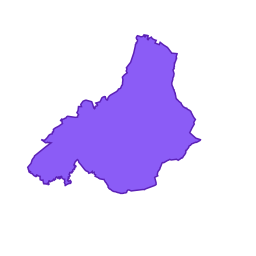 Holod, Bihor, Romania, rotated 120°
{"feature_id": "2599482B12126878753034", "entity_name": "Holod", "entity_type": "district", "adm_level": 2, "iso_a3": "ROU", "parent_name": "Romania", "parent_adm1": "Bihor", "projection": "robinson", "projection_center": [22.119, 46.796], "detail": "fine", "context": "isolated", "style": "filled", "palette": "violet", "viewbox_px": 256, "rotation_deg": 120, "n_neighbors": 0, "source": "geoboundaries", "source_scale": "gbopen_adm2", "svg_char_len": 5892}
<svg xmlns="http://www.w3.org/2000/svg" viewBox="0 0 256 256"><g transform="rotate(120 128 128)"><path d="M50.1,163.5L50.3,163.0L51.5,163.3L52.3,163.2L53.2,162.7L60.2,160.5L69.1,158.7L69.9,158.6L76.7,159.5L77.3,158.5L78.6,158.1L79.5,158.1L80.6,156.3L83.9,157.7L86.8,158.3L88.8,156.5L91.7,155.3L92.8,154.6L93.9,154.5L94.2,154.7L97.4,154.3L99.0,155.7L100.6,155.7L102.1,156.1L108.2,159.6L109.2,160.0L110.7,160.3L112.2,160.3L114.0,159.8L114.3,160.5L113.8,161.8L113.3,162.2L112.8,162.8L112.8,163.2L112.3,163.4L112.6,164.2L113.9,165.2L115.1,165.7L117.8,165.4L119.7,165.5L120.3,166.4L121.2,167.0L122.2,168.2L122.5,168.4L123.0,167.1L122.9,166.4L123.2,166.0L123.4,165.8L124.2,165.9L124.6,166.1L125.0,166.7L125.5,167.1L126.2,167.1L127.0,166.5L128.0,166.6L127.9,167.3L127.6,167.8L124.8,170.8L123.4,172.6L124.8,178.1L125.2,178.7L126.0,179.4L127.3,180.3L131.2,180.7L132.7,179.0L134.2,181.6L137.8,180.0L140.3,179.9L140.3,179.5L140.8,178.7L141.1,177.6L141.3,177.4L142.8,177.6L143.3,177.5L143.8,177.2L144.7,178.3L145.2,179.1L148.0,186.1L148.7,186.6L150.5,186.8L151.0,187.4L151.9,187.8L153.0,188.8L153.5,189.2L153.4,189.8L154.2,189.9L154.5,189.7L154.9,190.2L155.3,190.1L155.3,189.8L154.7,189.0L154.8,188.8L154.9,188.6L155.7,188.3L156.1,187.8L156.8,187.4L157.0,187.0L161.2,189.0L164.3,191.0L166.4,191.9L166.6,191.9L167.1,191.4L168.6,190.7L169.1,191.3L169.5,191.4L170.3,190.9L171.1,190.8L171.2,191.1L172.4,192.2L173.9,192.9L176.6,193.1L179.6,193.8L180.4,194.4L180.8,194.8L181.2,196.7L181.5,196.7L181.5,195.8L182.0,192.0L181.8,191.6L180.9,190.7L180.6,190.5L180.8,190.2L180.6,189.7L179.9,189.0L179.3,187.2L185.4,189.8L198.9,195.0L200.4,194.7L201.8,195.0L203.6,195.1L207.1,194.3L212.2,195.2L213.0,194.2L213.9,193.4L214.5,192.2L214.6,191.4L215.1,192.1L215.6,191.5L215.6,189.8L215.7,189.2L215.4,188.2L216.2,185.9L216.2,183.7L215.6,182.9L214.9,183.0L214.8,183.6L214.3,183.5L214.2,180.8L213.8,180.0L214.3,179.5L214.8,179.5L216.7,178.2L216.5,176.8L216.1,175.9L215.7,175.7L218.1,173.5L218.0,173.2L218.4,172.7L217.6,172.0L217.6,171.1L217.1,170.2L216.7,169.9L216.3,170.3L216.1,170.2L216.0,169.9L216.5,169.2L216.9,168.8L216.8,168.6L216.3,168.3L214.7,169.6L214.0,169.9L213.3,170.0L213.0,169.6L213.4,168.8L213.2,168.2L212.3,167.8L211.5,166.9L209.6,166.8L209.5,166.1L209.9,165.7L209.7,165.6L208.9,165.8L208.6,165.2L208.4,165.1L207.3,165.7L206.2,165.5L206.2,164.7L206.6,163.6L206.4,163.5L205.6,163.8L205.2,163.8L204.8,163.1L206.3,162.0L206.1,161.7L205.4,161.5L204.1,162.0L203.7,162.0L203.2,161.6L203.3,161.1L204.1,160.6L204.5,159.8L204.5,157.8L204.1,157.2L205.2,156.7L206.0,155.9L206.9,156.0L208.3,154.1L209.0,153.9L209.2,153.6L206.8,152.3L205.2,151.0L205.1,150.5L204.8,150.3L204.3,150.5L204.2,150.1L203.4,150.2L202.9,150.5L202.8,150.9L202.2,151.7L204.1,152.9L203.5,154.1L203.1,153.9L202.8,154.3L202.3,154.5L202.0,154.4L201.9,154.1L201.6,153.9L201.1,153.9L200.9,154.1L200.9,154.5L200.4,155.2L200.2,155.2L199.6,154.4L198.5,154.2L198.4,154.6L197.8,155.1L197.7,155.7L197.5,155.9L196.3,155.8L195.7,156.2L195.4,156.0L195.5,155.5L195.3,155.1L195.4,154.8L194.9,154.2L194.6,154.2L194.2,154.8L193.8,154.7L193.6,154.2L193.2,154.0L193.0,154.3L192.0,154.9L191.5,154.5L191.1,153.9L190.6,153.8L190.4,154.4L190.0,154.4L189.6,154.0L188.5,154.7L188.1,154.0L187.5,153.8L187.0,154.1L187.0,154.7L186.9,155.1L186.8,155.5L187.1,155.9L187.1,156.3L183.9,156.8L180.7,156.1L180.8,155.3L181.3,154.4L182.3,153.4L183.4,150.4L185.7,144.7L186.0,143.6L186.1,142.6L185.8,141.0L185.9,140.6L186.8,139.3L184.9,137.6L183.6,137.3L184.7,136.3L183.3,135.2L184.8,134.1L184.8,132.6L186.2,132.4L185.9,128.4L186.1,128.3L186.1,126.9L184.8,123.4L184.5,123.1L186.0,120.8L186.4,119.5L187.6,117.4L187.7,116.7L188.0,116.4L189.2,115.7L189.3,115.2L189.8,114.4L190.0,113.6L190.0,113.1L189.8,112.8L190.2,110.5L190.2,109.2L190.0,108.2L189.5,107.2L189.1,104.8L188.5,103.0L188.3,101.6L187.4,100.1L186.7,99.2L186.4,99.1L185.5,97.8L184.6,97.0L184.1,97.2L182.6,97.3L181.9,97.1L181.3,96.4L181.1,96.0L180.9,93.8L173.8,84.3L173.0,82.8L172.4,82.7L171.6,82.1L165.1,76.7L164.0,75.9L162.9,75.4L161.4,76.3L158.9,78.7L157.5,80.2L156.7,79.8L154.5,78.3L153.6,79.4L151.3,80.2L150.0,80.2L148.3,79.9L146.8,80.1L146.5,80.3L145.1,80.4L141.3,81.0L140.4,80.5L140.4,80.1L140.2,79.7L136.5,77.6L135.5,76.8L134.3,76.1L134.2,75.1L134.0,74.5L130.8,70.3L130.9,69.8L130.7,68.6L130.8,68.4L129.0,67.4L128.6,67.3L127.2,66.7L127.3,66.5L126.6,65.9L123.7,65.8L123.1,65.6L120.7,65.6L119.5,66.1L119.2,66.5L118.5,66.6L118.5,66.4L117.2,66.0L116.7,66.1L115.2,65.8L114.4,65.7L114.0,66.0L112.7,66.0L111.9,65.3L109.8,64.9L109.2,64.3L106.6,62.4L106.6,62.0L106.3,61.7L105.2,60.8L104.0,60.2L103.2,59.6L102.2,59.3L101.9,59.4L102.9,64.3L101.2,72.2L95.8,72.6L91.5,72.6L90.3,73.8L89.8,73.9L86.9,73.9L86.2,75.8L85.4,77.3L83.0,81.0L82.4,81.6L82.2,82.1L81.9,83.6L82.0,85.0L81.9,86.5L81.5,87.0L81.8,88.0L82.1,88.3L81.9,89.2L82.0,90.7L80.7,93.6L79.9,94.4L79.5,97.1L78.8,99.4L78.9,99.7L78.6,100.1L78.7,100.5L77.8,101.6L75.7,103.3L75.2,103.9L74.2,104.5L74.2,104.9L72.4,106.9L71.9,107.1L71.9,107.7L70.4,109.3L68.9,111.4L67.0,112.7L63.9,113.4L62.2,114.2L60.4,114.3L57.9,115.3L55.4,117.9L54.8,118.1L54.2,117.8L53.3,117.9L53.4,118.2L53.3,118.3L53.0,118.2L52.5,118.5L51.9,118.7L51.5,118.6L50.9,119.1L49.5,119.7L49.2,120.0L48.8,119.9L48.4,119.9L48.2,120.3L47.7,120.1L45.0,120.5L44.0,120.9L43.7,120.6L42.9,121.1L42.4,121.8L41.5,122.1L39.1,122.6L39.1,122.8L39.5,123.1L39.5,123.6L41.3,127.5L38.5,134.1L38.3,138.8L37.7,143.0L40.2,142.7L40.9,147.0L39.4,147.3L38.0,147.4L38.3,148.7L38.5,150.8L38.2,152.3L37.6,153.2L38.6,153.9L40.2,154.8L41.2,154.6L41.5,154.7L41.5,155.3L41.2,155.8L40.4,155.6L39.2,156.2L39.3,156.4L39.2,156.6L38.0,156.7L38.1,157.3L38.7,159.0L40.0,158.6L40.6,158.8L40.6,159.3L40.4,159.6L39.5,160.2L39.2,160.2L39.3,160.7L40.2,160.6L40.8,160.8L41.8,161.4L42.1,161.8L42.6,162.5L43.0,164.8L43.4,166.0L44.9,166.1L45.9,165.9L46.8,164.7L46.8,163.9L48.2,163.2L49.1,163.2L50.1,163.5Z" fill="#8b5cf6" stroke="#5b21b6" stroke-width="1.5"/></g></svg>